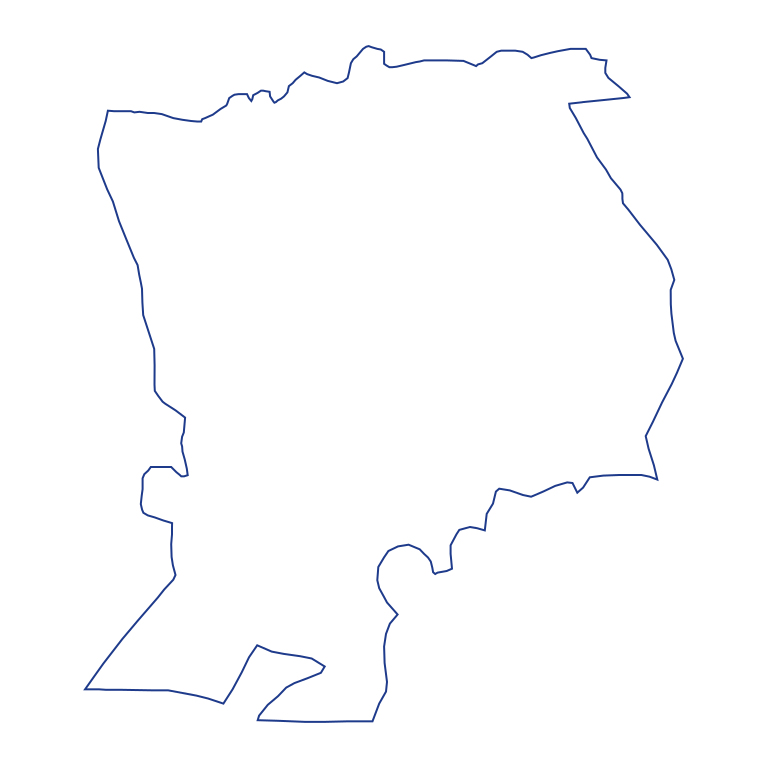 Al-Rifai, Dhi-Qar, Iraq
{"feature_id": "34846034B62362991729870", "entity_name": "Al-Rifai", "entity_type": "district", "adm_level": 2, "iso_a3": "IRQ", "parent_name": "Iraq", "parent_adm1": "Dhi-Qar", "projection": "robinson", "projection_center": [46.048, 31.665], "detail": "fine", "context": "isolated", "style": "outline", "palette": "blue", "viewbox_px": 768, "rotation_deg": 0, "n_neighbors": 0, "source": "geoboundaries", "source_scale": "gbopen_adm2", "svg_char_len": 3764}
<svg xmlns="http://www.w3.org/2000/svg" viewBox="0 0 768 768"><path d="M154.8,390.9L158.3,396.0L162.6,401.7L165.2,403.7L175.6,410.4L185.1,417.6L183.8,432.5L182.1,436.7L181.2,443.3L182.1,446.4L182.5,451.6L184.7,459.3L186.8,468.6L187.7,475.2L184.2,476.3L181.2,476.3L179.5,474.7L176.4,472.2L171.2,467.0L165.6,467.0L158.2,467.0L150.8,467.0L148.2,470.6L144.3,474.2L142.6,478.3L142.6,482.4L142.6,489.1L141.7,495.8L140.8,504.1L142.1,509.7L143.4,512.8L147.8,515.4L154.7,517.4L163.4,520.5L172.1,523.1L172.0,527.2L172.0,534.4L171.2,544.2L171.6,557.0L172.9,565.3L175.5,575.0L173.3,579.7L164.2,589.5L157.7,597.7L138.1,620.3L122.5,638.8L103.4,663.5L94.2,676.4L85.1,689.3L86.4,689.3L92.9,689.3L98.6,689.3L105.9,689.8L120.7,689.8L150.7,690.3L168.0,690.3L196.4,695.6L208.0,698.5L223.4,703.6L232.6,689.3L241.8,672.2L249.0,657.3L257.2,645.3L271.7,651.6L283.8,653.9L300.1,656.2L311.7,658.5L324.7,666.5L320.9,672.8L308.3,677.9L294.4,683.1L286.2,687.6L278.0,696.2L267.8,704.8L259.1,715.6L257.7,720.2L278.4,720.8L305.9,721.9L323.3,721.9L348.9,721.3L368.2,721.3L372.5,721.3L379.2,703.6L386.0,691.6L387.0,681.9L384.6,663.0L384.1,646.5L386.0,633.9L389.9,623.6L397.6,614.5L387.0,602.5L384.0,596.9L379.2,588.2L377.3,580.2L378.3,567.0L384.1,557.3L388.4,551.0L398.0,546.4L408.6,544.7L419.7,549.3L424.1,553.9L428.0,557.5L430.8,561.6L432.3,567.7L433.1,572.2L435.2,574.0L436.7,573.1L437.7,572.6L446.7,571.0L452.0,568.7L450.6,553.9L450.6,545.3L456.4,534.4L459.3,529.9L469.9,527.0L477.1,528.2L484.8,530.4L486.7,513.9L493.0,503.6L495.9,491.6L499.2,488.7L509.8,490.4L522.9,495.0L531.1,496.7L533.8,495.6L543.1,491.6L544.2,491.1L555.2,485.9L567.2,482.4L572.5,483.0L577.3,492.7L583.1,487.6L589.8,477.3L603.3,475.6L619.2,475.0L630.3,475.0L641.4,475.0L649.6,476.7L657.3,479.6L653.9,465.3L648.6,448.7L645.7,436.1L652.9,421.8L662.1,402.4L671.7,384.1L677.0,372.7L682.9,358.7L675.6,340.8L673.8,332.9L671.4,313.6L670.8,304.3L670.7,289.9L674.3,279.9L671.3,269.2L667.7,259.8L656.8,244.8L639.9,224.7L628.4,209.7L623.0,203.3L622.4,199.0L622.4,195.4L622.3,193.2L620.5,189.6L610.9,178.2L606.0,169.6L597.0,157.4L587.3,138.8L583.7,133.1L575.8,118.0L569.8,108.0L569.2,103.7L581.8,102.3L582.9,102.1L603.0,100.1L623.5,98.0L629.5,97.2L627.1,93.7L618.0,85.8L608.4,77.9L605.3,72.9L605.3,67.9L606.5,60.4L599.7,59.8L591.5,58.1L590.1,54.7L585.8,48.9L582.0,48.9L578.5,48.9L570.4,48.9L557.8,51.2L550.2,52.9L541.0,55.2L533.8,57.5L531.4,58.1L527.5,54.7L522.7,51.8L515.5,50.7L507.3,50.7L501.1,50.7L496.7,51.8L491.0,56.4L482.3,63.2L478.0,64.4L476.1,66.1L474.0,65.2L467.9,62.7L463.5,60.9L446.7,60.4L437.1,60.4L431.8,60.4L426.5,60.4L424.1,60.4L419.7,61.5L415.9,62.1L404.4,64.9L396.7,66.7L392.3,67.2L389.4,67.2L386.5,65.5L384.1,63.8L384.1,56.9L384.1,51.8L380.8,49.5L377.4,48.9L371.6,47.2L368.7,46.1L366.3,46.7L363.0,48.9L356.7,56.4L353.3,59.2L350.9,63.2L349.0,72.4L347.6,78.1L343.2,81.5L337.0,83.2L327.8,80.9L319.2,77.5L312.0,75.8L307.1,74.1L304.3,72.4L300.4,75.8L295.6,79.8L292.7,83.2L288.9,86.1L287.4,92.4L284.0,96.4L281.1,98.7L277.8,100.4L275.9,102.1L274.4,102.7L273.4,101.5L270.1,96.4L269.6,91.8L265.7,91.2L263.3,90.7L260.9,90.7L257.6,92.9L253.2,95.2L252.3,99.2L251.3,101.0L248.9,98.1L247.0,94.1L243.1,94.1L238.8,94.1L234.5,94.7L232.5,95.8L229.2,98.1L227.2,103.8L226.3,105.5L222.3,107.9L220.5,109.0L212.8,114.7L208.9,116.4L205.1,118.1L202.2,119.2L201.2,121.5L196.9,121.5L191.1,121.0L182.5,119.8L173.3,118.1L161.8,114.1L154.1,113.0L147.8,113.0L139.6,111.8L134.3,112.4L131.0,111.2L125.7,111.2L122.3,111.2L117.0,111.2L114.1,111.2L107.9,110.7L105.7,121.0L100.4,139.3L97.9,149.0L98.7,167.8L101.8,175.7L107.2,189.4L112.9,201.5L119.0,221.2L126.2,239.0L133.9,257.8L137.6,265.1L139.2,274.7L140.8,282.4L142.0,288.7L142.4,302.6L143.2,315.1L154.2,348.9L154.6,365.2L154.5,384.5L154.8,390.9Z" fill="none" stroke="#1e3a8a" stroke-width="2"/></svg>